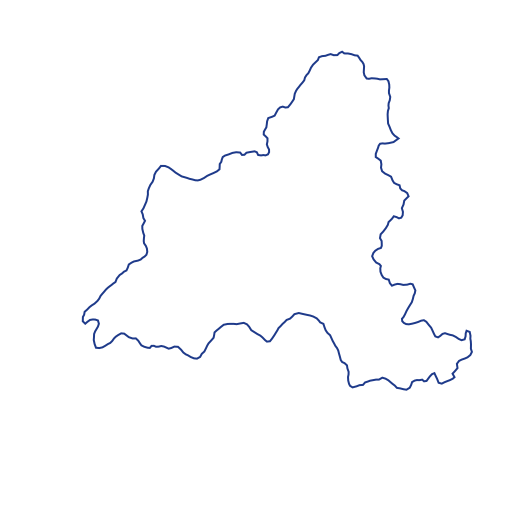 Ponto dos Volantes, Minas Gerais, Brazil (Albers equal-area conic projection), rotated 344°
{"feature_id": "56859067B62392836806132", "entity_name": "Ponto dos Volantes", "entity_type": "district", "adm_level": 2, "iso_a3": "BRA", "parent_name": "Brazil", "parent_adm1": "Minas Gerais", "projection": "albers", "projection_center": [-41.466, -16.842], "detail": "fine", "context": "isolated", "style": "outline", "palette": "blue", "viewbox_px": 512, "rotation_deg": 344, "n_neighbors": 0, "source": "geoboundaries", "source_scale": "gbopen_adm2", "svg_char_len": 6045}
<svg xmlns="http://www.w3.org/2000/svg" viewBox="0 0 512 512"><g transform="rotate(344 256 256)"><path d="M72.8,266.9L71.5,271.0L73.2,274.0L75.8,272.8L78.8,271.7L81.5,272.0L83.8,272.7L86.3,274.4L86.3,277.8L84.6,280.3L82.2,282.6L80.6,284.1L78.9,286.3L77.9,289.3L76.9,292.0L76.6,296.1L76.9,300.1L80.0,301.3L83.2,301.5L86.2,300.8L89.5,299.8L91.9,299.4L94.3,298.1L96.8,296.1L99.0,294.9L101.7,294.0L105.1,293.2L107.9,294.3L109.4,296.3L111.4,299.0L114.7,301.3L117.8,302.1L119.5,305.0L120.4,308.0L121.2,310.3L123.5,312.4L126.5,314.3L128.6,315.1L130.8,313.6L133.1,314.2L134.9,315.7L137.4,316.3L140.1,316.4L142.6,317.7L144.4,319.2L146.5,321.0L149.1,321.1L152.6,320.6L156.0,321.8L158.2,325.5L159.5,328.7L161.4,331.2L163.2,332.7L165.4,335.1L168.2,337.3L171.0,338.4L174.5,337.6L176.9,335.1L180.0,333.6L182.5,330.9L184.4,328.7L186.3,326.9L189.6,324.9L192.7,322.9L194.0,320.4L195.1,318.0L197.7,316.7L199.9,315.8L202.5,314.6L206.0,313.2L210.0,313.5L213.2,314.3L215.9,315.1L218.6,316.2L222.2,316.5L225.8,316.9L228.5,319.2L229.9,322.1L231.0,326.0L233.5,328.8L235.8,331.4L238.2,333.7L239.8,336.1L241.5,339.3L242.9,341.3L245.9,341.8L248.7,339.8L251.7,337.3L254.1,335.1L256.1,333.3L257.8,331.5L260.1,330.3L262.8,328.6L265.3,327.4L267.8,325.9L271.4,325.6L274.2,324.2L276.9,322.5L281.4,322.6L285.0,324.6L288.7,326.6L291.6,328.1L294.4,330.0L297.2,332.7L298.6,335.4L299.4,337.5L302.1,339.8L302.2,343.3L302.5,346.6L303.5,349.6L305.4,352.6L306.3,358.7L307.0,361.7L307.5,364.2L308.5,366.8L309.0,369.5L308.9,372.4L308.9,375.4L308.8,379.4L309.6,381.7L311.6,383.4L313.3,386.2L312.9,389.2L313.1,392.9L312.3,395.4L311.1,397.7L310.3,401.2L310.2,404.5L310.6,406.7L312.6,408.9L316.7,409.0L319.9,408.7L323.3,409.4L326.0,407.6L329.1,407.5L331.3,407.3L334.2,407.6L337.3,407.9L340.1,408.7L343.9,407.8L346.7,409.6L349.0,412.0L350.5,414.3L351.9,416.4L353.7,418.8L355.1,421.6L358.1,423.0L361.2,424.8L363.8,426.0L367.5,425.0L369.6,422.7L371.3,420.2L374.2,419.5L376.4,419.6L378.9,420.4L381.7,420.7L383.0,422.8L385.5,423.1L387.8,421.3L389.9,419.7L392.6,418.1L395.2,417.8L395.7,421.1L396.2,423.9L396.6,428.2L399.4,429.9L402.4,429.3L405.4,429.0L407.9,428.8L411.3,428.2L413.4,427.2L412.5,423.3L415.5,421.5L418.8,419.3L419.4,415.0L422.3,412.8L425.1,412.3L428.6,412.1L431.4,411.7L434.7,410.3L437.1,407.7L437.0,404.4L438.3,400.2L439.0,397.0L439.2,394.7L440.2,391.8L440.5,387.9L437.8,385.9L436.3,388.1L435.3,391.0L433.6,393.6L430.4,393.6L428.0,391.6L425.8,388.9L423.2,386.5L420.7,385.2L418.7,383.9L416.4,382.3L413.8,382.3L411.1,383.6L408.6,384.4L406.2,382.7L405.6,379.7L405.1,376.3L404.6,373.2L403.1,369.9L401.6,366.2L399.7,364.0L396.9,363.7L393.7,364.1L390.6,364.2L387.4,364.1L384.1,363.8L381.5,362.8L379.7,361.1L378.6,359.0L379.0,356.6L380.9,355.4L383.1,353.2L385.5,350.4L387.7,348.2L390.4,345.7L393.0,343.4L394.9,340.6L396.6,337.6L398.3,335.7L399.7,333.0L399.2,329.6L398.8,326.4L396.7,325.2L393.4,325.2L389.6,324.4L386.8,322.8L384.3,321.8L381.5,321.7L378.5,322.0L377.2,319.0L377.1,315.3L374.5,313.9L372.5,311.9L371.6,309.0L371.3,305.4L372.1,302.0L373.3,300.0L372.4,297.9L369.7,295.4L368.1,291.7L367.6,288.2L369.7,285.4L372.1,283.8L375.3,282.8L378.3,282.7L379.7,280.9L380.3,278.7L380.9,276.2L380.1,273.0L381.8,269.5L385.0,267.6L388.5,265.0L391.3,262.4L392.8,259.9L394.8,258.9L397.1,257.6L399.4,255.8L401.9,257.4L403.8,259.2L406.2,259.2L408.2,257.3L409.4,254.1L409.4,250.2L412.0,247.2L413.8,243.6L417.0,241.8L419.1,240.7L418.7,237.2L416.5,234.5L414.5,233.1L413.3,230.8L413.5,227.6L411.0,225.8L408.9,223.8L408.1,221.0L407.7,217.0L405.4,214.7L402.8,212.4L400.6,209.3L400.5,205.6L401.8,202.4L402.2,198.7L400.3,196.1L398.4,193.9L399.3,190.8L401.2,188.2L403.1,185.7L404.4,183.7L406.2,182.3L408.6,182.6L410.9,183.5L414.7,184.1L419.6,184.4L422.3,183.4L425.4,182.3L424.0,180.4L422.4,178.5L421.0,175.7L420.3,172.2L420.0,168.7L419.5,165.1L420.3,161.4L421.0,158.4L421.6,156.0L422.8,152.9L424.4,150.5L424.8,147.9L425.7,145.6L427.5,143.2L428.9,140.1L428.7,136.1L429.4,133.6L430.6,130.9L431.3,128.0L431.5,124.5L430.5,121.9L427.4,121.2L423.9,120.4L421.4,119.0L419.2,118.1L416.1,117.0L413.4,116.8L411.3,115.9L410.0,112.2L410.2,109.1L411.3,106.0L412.2,103.4L412.3,101.1L411.7,98.8L410.5,96.4L409.8,93.9L408.9,91.4L406.2,90.3L403.4,88.3L400.3,86.7L396.7,85.6L395.1,83.4L392.0,83.9L389.6,85.3L386.1,84.4L383.4,82.5L380.9,82.5L377.9,82.7L374.6,82.1L371.3,82.3L369.5,84.7L367.0,86.0L363.6,87.8L360.8,90.1L358.7,92.6L356.6,94.8L354.6,95.9L352.3,97.9L350.8,100.4L348.5,102.1L345.7,103.9L344.0,105.2L341.8,106.7L340.1,108.2L338.0,110.7L336.8,113.2L335.6,115.7L333.5,117.5L330.9,119.6L327.7,121.8L325.2,121.4L322.9,119.8L320.2,119.8L317.6,121.1L315.0,123.7L312.6,126.2L309.9,126.6L305.8,126.8L303.8,129.6L302.7,132.3L301.4,135.2L299.7,136.8L297.8,138.7L296.9,141.4L298.3,143.7L299.5,146.0L298.6,149.0L297.2,151.7L297.3,154.5L297.9,157.2L297.2,159.8L295.5,161.6L292.9,161.9L290.9,161.0L288.6,160.7L285.9,159.5L285.4,156.5L283.5,155.0L278.7,154.4L275.3,154.1L272.8,155.5L270.4,155.0L269.3,152.2L265.6,150.8L261.8,150.4L257.7,150.8L253.9,150.9L251.3,151.7L249.7,153.9L248.6,155.9L246.5,157.6L245.7,160.1L244.8,162.6L241.7,163.9L237.6,164.6L234.3,165.0L231.2,165.5L227.5,166.7L223.6,167.4L220.9,167.3L218.6,166.5L215.8,164.8L213.4,163.5L211.3,162.0L209.1,160.6L206.5,159.0L204.2,156.5L201.6,153.6L199.8,151.0L198.3,149.0L196.4,146.7L193.4,144.4L189.5,143.2L186.7,145.2L183.1,147.4L180.7,150.0L179.2,153.3L177.1,156.1L174.1,158.5L171.7,161.3L169.9,163.9L169.0,167.2L167.5,170.2L165.7,173.4L163.4,176.2L160.9,179.2L158.2,181.5L158.6,184.7L158.2,188.5L159.0,191.6L156.8,193.9L155.0,195.7L154.2,198.7L154.0,202.7L154.2,205.6L153.3,207.7L152.2,210.7L151.9,213.0L152.9,215.9L153.2,218.8L152.6,222.1L151.0,224.6L148.8,225.8L146.4,226.5L144.2,227.6L141.3,227.9L137.2,227.6L134.5,228.1L131.4,229.1L129.5,231.9L127.5,234.2L124.7,234.7L122.6,235.8L119.7,236.7L116.0,239.3L113.7,242.3L111.2,243.1L109.2,244.0L107.0,244.8L104.8,245.7L102.5,246.9L100.3,248.4L97.8,250.0L95.6,251.5L93.5,253.8L91.2,255.5L87.6,257.3L84.5,258.2L81.8,259.3L78.9,261.0L75.9,262.4L74.6,265.1L72.8,266.9Z" fill="none" stroke="#1e3a8a" stroke-width="2"/></g></svg>